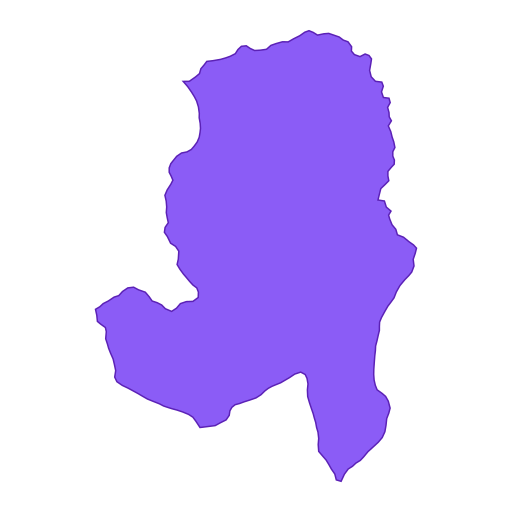 Berizal, Minas Gerais, Brazil, rotated 90°
{"feature_id": "56859067B94256700938392", "entity_name": "Berizal", "entity_type": "district", "adm_level": 2, "iso_a3": "BRA", "parent_name": "Brazil", "parent_adm1": "Minas Gerais", "projection": "mercator", "projection_center": [-41.753, -15.698], "detail": "fine", "context": "isolated", "style": "filled", "palette": "violet", "viewbox_px": 512, "rotation_deg": 90, "n_neighbors": 0, "source": "geoboundaries", "source_scale": "gbopen_adm2", "svg_char_len": 3398}
<svg xmlns="http://www.w3.org/2000/svg" viewBox="0 0 512 512"><g transform="rotate(90 256 256)"><path d="M266.0,98.0L259.3,98.8L253.4,96.8L248.2,95.5L244.9,98.5L241.8,102.9L237.2,108.5L234.8,114.6L229.3,116.2L224.7,120.0L219.0,122.3L215.1,123.4L211.1,121.0L207.1,125.7L201.0,127.6L200.0,134.0L194.9,132.8L188.6,131.2L184.0,126.4L180.7,123.2L176.0,124.1L171.4,124.1L167.2,120.6L164.2,117.8L160.1,117.6L156.1,119.2L151.7,119.2L147.5,117.1L142.0,118.2L137.0,119.9L131.7,121.2L125.9,123.7L120.8,120.6L116.8,122.8L112.5,123.0L107.4,124.4L102.6,121.8L98.2,123.0L97.5,128.6L91.9,130.5L86.2,128.7L82.1,130.2L81.3,136.6L76.8,140.8L70.4,142.4L63.6,141.2L58.9,140.5L55.5,143.0L54.0,146.9L56.6,152.0L54.6,157.6L51.1,160.6L46.7,160.4L41.8,164.0L40.1,168.7L37.0,172.8L35.1,178.3L33.4,183.3L33.8,188.2L35.1,194.5L32.4,198.8L30.7,203.0L32.2,207.2L35.7,212.2L38.8,218.4L41.9,223.8L41.8,229.6L43.6,236.0L45.4,241.1L49.3,245.5L50.2,251.9L50.5,257.4L48.4,261.9L45.8,265.7L46.3,270.6L49.5,274.0L53.7,276.7L56.3,281.8L57.9,286.3L59.4,291.5L60.7,299.1L61.4,305.2L65.1,308.0L68.7,311.1L73.6,312.5L77.1,316.7L81.3,322.7L81.4,328.8L86.6,324.3L92.2,320.4L96.9,317.5L101.0,315.4L106.8,313.6L113.3,312.7L117.8,312.8L123.4,311.8L128.5,311.5L132.8,312.0L137.3,312.8L142.0,314.8L146.4,318.0L149.5,320.7L151.9,325.0L153.0,330.5L156.3,335.3L160.5,338.7L163.7,341.2L167.9,342.8L172.3,342.8L176.0,340.9L180.2,339.1L184.3,341.2L189.9,344.8L195.3,347.1L201.1,345.8L207.0,345.3L212.6,345.7L217.6,344.8L222.7,343.7L227.4,346.9L232.3,347.6L236.6,344.6L243.2,341.4L246.4,336.4L251.2,333.2L259.2,333.7L264.5,334.9L269.2,332.1L274.0,328.6L277.4,325.7L281.5,322.3L285.0,319.1L287.9,315.2L292.1,313.6L297.5,313.8L301.4,319.1L301.6,325.6L303.6,331.6L308.2,335.5L311.4,340.4L308.7,346.7L305.0,350.3L302.7,354.8L301.0,359.9L296.8,362.8L292.2,366.7L289.8,373.5L287.2,378.4L287.9,384.2L291.5,389.5L295.6,393.2L297.1,397.9L301.0,403.7L303.6,408.8L306.7,412.1L309.3,416.5L315.3,415.2L321.4,414.6L324.3,411.1L327.5,406.6L331.7,405.7L338.8,406.3L344.2,404.5L348.2,403.4L353.5,401.3L358.9,398.9L364.0,397.7L370.6,396.3L377.1,397.3L381.7,395.1L385.4,389.7L388.1,384.0L390.7,379.2L393.7,373.7L396.2,369.5L399.0,364.6L401.2,359.2L403.8,352.6L406.0,348.4L407.3,344.5L408.7,340.1L410.0,335.2L411.9,329.5L414.4,323.4L417.2,319.1L421.4,316.0L427.5,312.0L426.6,304.7L425.6,296.8L422.7,291.5L419.9,285.9L415.4,282.8L410.8,282.1L407.3,280.1L404.7,276.9L403.5,272.4L401.8,267.8L400.0,262.1L397.9,256.0L394.7,251.0L390.9,247.1L388.3,243.7L386.3,240.0L384.6,235.9L382.8,231.4L380.4,227.3L377.6,222.5L374.1,217.3L372.1,211.3L374.5,206.8L378.3,205.0L383.9,204.0L389.8,204.6L396.6,204.3L402.8,202.5L408.5,200.6L413.7,198.8L417.9,197.7L422.5,196.3L427.5,195.4L432.2,194.0L438.5,193.3L444.6,193.8L451.4,193.3L456.2,189.2L460.0,185.9L464.6,183.1L469.1,180.6L474.0,177.2L479.9,175.7L481.3,170.9L474.2,167.6L469.0,163.8L466.2,159.4L463.1,156.1L460.4,151.7L456.8,148.3L451.6,144.0L447.0,138.9L442.2,133.7L437.6,129.8L431.7,127.1L425.3,126.0L418.6,125.3L413.1,123.2L408.1,121.9L401.2,123.7L396.4,126.4L393.4,129.9L389.8,134.9L385.3,136.7L380.0,137.9L374.4,138.3L369.4,138.2L363.6,137.8L355.6,137.2L350.6,136.6L346.0,136.4L340.7,135.0L334.9,133.7L330.4,132.6L326.4,132.6L322.1,132.4L317.5,130.5L311.3,127.1L306.1,124.1L302.3,121.2L297.9,118.0L292.0,115.7L285.6,112.1L279.6,107.1L275.6,103.2L272.1,100.3L266.0,98.0Z" fill="#8b5cf6" stroke="#5b21b6" stroke-width="1.5"/></g></svg>